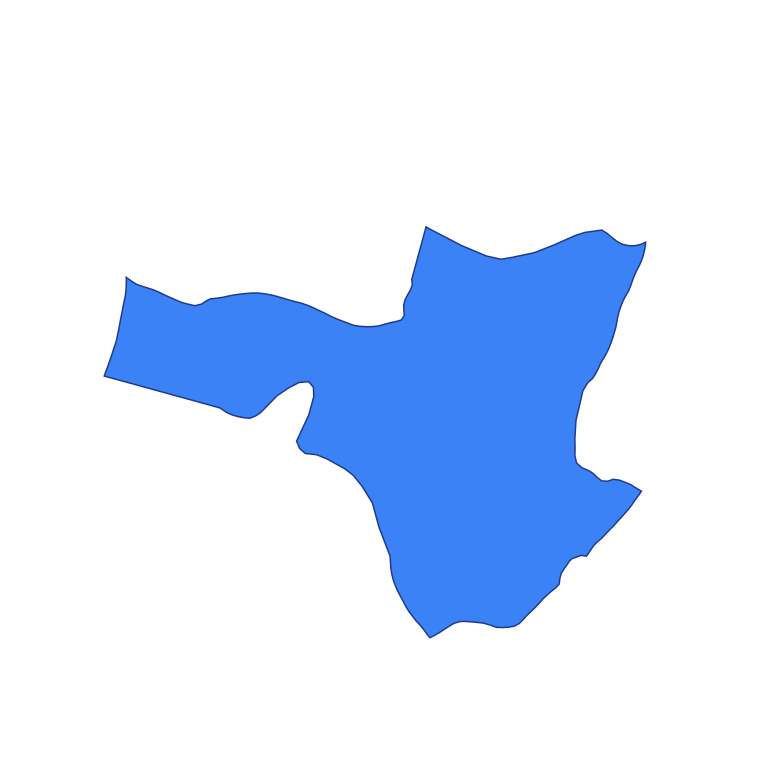 outline of Ar Rawdah, Shabwah, Yemen, rotated 110°
{"feature_id": "15242507B21642495199859", "entity_name": "Ar Rawdah", "entity_type": "district", "adm_level": 2, "iso_a3": "YEM", "parent_name": "Yemen", "parent_adm1": "Shabwah", "projection": "natural_earth1", "projection_center": [47.316, 14.501], "detail": "fine", "context": "isolated", "style": "filled", "palette": "blue", "viewbox_px": 768, "rotation_deg": 110, "n_neighbors": 0, "source": "geoboundaries", "source_scale": "gbopen_adm2", "svg_char_len": 3291}
<svg xmlns="http://www.w3.org/2000/svg" viewBox="0 0 768 768"><g transform="rotate(110 384 384)"><path d="M222.0,398.2L276.2,393.7L281.0,391.3L286.5,391.3L292.0,392.3L297.4,393.0L302.6,392.6L307.7,390.7L312.8,388.3L317.9,389.6L321.4,394.4L324.4,399.3L327.7,404.0L331.3,408.9L334.0,414.5L336.2,420.2L338.0,426.3L339.2,432.2L339.2,438.3L339.1,444.3L339.0,450.8L338.5,457.9L337.6,464.5L337.1,470.5L336.5,476.7L336.2,482.8L336.3,489.1L337.0,495.7L337.5,501.9L337.9,508.6L338.3,514.7L338.9,520.6L340.0,526.9L341.5,533.1L343.5,538.8L346.0,544.3L348.8,550.0L351.5,555.1L354.5,560.2L357.7,565.2L360.6,570.5L363.2,576.1L366.8,579.5L371.3,582.8L375.1,588.4L376.0,595.5L376.6,601.8L376.3,607.9L375.8,614.4L375.4,620.5L374.7,626.8L374.4,632.9L374.6,638.9L374.9,643.7L374.9,651.3L373.6,656.8L372.0,662.6L372.7,662.3L378.1,660.4L383.7,658.6L389.3,657.3L394.8,656.5L400.9,655.6L406.8,654.6L412.3,653.8L417.4,653.0L422.8,652.0L428.0,651.3L433.7,650.4L439.0,650.1L444.3,650.0L450.2,649.7L455.6,649.7L460.8,649.6L466.8,649.6L472.2,649.6L467.4,590.1L462.6,529.9L463.0,528.4L464.5,522.4L465.0,516.4L464.6,510.0L463.6,504.1L461.9,498.1L457.9,493.7L453.5,490.5L447.9,487.8L431.7,480.5L420.5,472.5L411.8,464.5L407.5,455.6L411.3,449.2L419.8,445.7L438.6,444.1L453.3,445.4L467.6,446.6L473.6,441.0L476.2,434.2L473.5,423.1L473.9,412.1L477.2,391.4L480.4,381.5L485.2,373.6L487.4,369.8L499.8,354.2L520.5,339.5L543.7,319.4L544.9,318.9L550.1,316.6L555.4,314.2L560.5,311.3L565.1,308.2L569.9,304.1L573.9,300.3L577.8,296.0L581.6,291.7L585.4,287.6L589.3,282.7L592.4,277.8L595.6,272.9L598.4,267.2L601.5,262.2L604.9,257.2L606.7,254.0L606.6,253.9L602.4,250.1L598.1,246.5L596.6,245.4L593.6,243.2L589.7,240.2L589.2,239.9L584.8,236.2L581.2,231.3L580.6,229.8L579.1,225.8L578.5,223.7L577.4,219.7L576.3,215.4L575.9,213.9L574.9,209.5L574.6,207.9L574.2,201.3L574.2,199.1L574.2,195.3L572.4,189.5L569.9,183.7L567.0,178.7L563.6,175.7L562.8,175.0L557.5,172.6L554.2,171.3L552.6,170.6L550.9,169.8L547.2,167.9L542.0,165.4L536.8,163.1L536.4,163.0L531.8,161.2L528.0,159.3L527.0,158.8L521.9,156.1L517.1,153.1L516.9,152.9L515.6,152.4L511.9,150.9L511.6,151.0L506.8,152.2L504.5,152.4L501.4,152.7L499.4,152.3L496.2,151.6L492.3,150.5L491.0,150.1L487.0,149.2L483.7,147.5L481.1,144.3L477.5,140.0L476.6,134.9L469.6,133.1L464.1,131.7L459.7,129.7L459.1,129.4L454.3,126.6L448.7,124.3L443.8,122.1L438.7,119.7L433.6,117.7L428.4,115.5L423.4,113.5L418.3,111.5L413.2,109.9L407.9,108.6L402.4,106.9L396.7,105.4L395.7,110.8L394.3,117.1L393.9,123.3L393.8,129.8L395.2,136.1L398.8,140.5L400.6,146.2L398.8,151.9L396.4,157.2L395.3,163.1L395.0,169.6L392.3,176.0L386.3,180.0L378.2,182.8L369.6,186.1L352.3,191.2L322.1,194.8L312.9,192.9L307.7,190.0L302.4,188.7L296.3,187.9L290.9,187.6L285.5,186.6L280.3,185.6L274.6,185.0L269.0,184.8L263.1,184.8L257.6,185.1L251.8,185.5L246.3,186.4L240.8,187.3L235.1,187.9L229.3,188.0L223.7,187.8L218.3,187.0L212.7,186.0L207.0,185.8L201.0,185.9L195.6,185.8L190.4,185.3L185.1,184.6L179.7,184.2L174.0,184.4L168.5,185.0L163.2,186.1L161.3,186.6L165.2,190.7L168.3,195.6L170.3,201.2L171.2,207.9L170.3,214.0L168.3,220.2L166.1,226.0L164.9,232.1L172.8,247.0L178.9,254.9L194.9,271.5L209.2,287.7L221.0,306.6L226.8,316.8L228.7,331.7L227.4,358.3L227.1,360.6L222.7,394.2L221.9,398.2L222.0,398.2Z" fill="#3b82f6" stroke="#1e3a8a" stroke-width="1.5"/></g></svg>